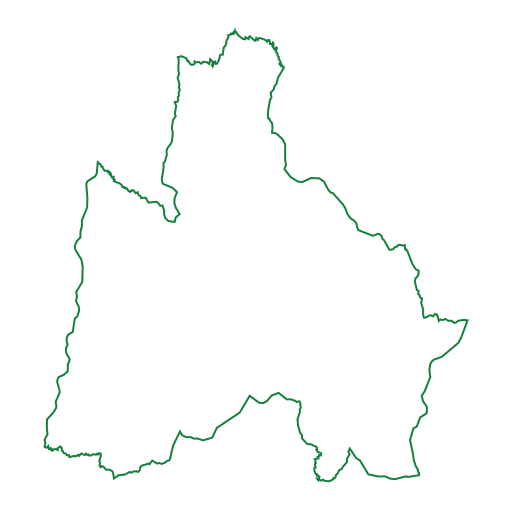 the district of Mansa, Luapula, Zambia
{"feature_id": "96606910B48291631033153", "entity_name": "Mansa", "entity_type": "district", "adm_level": 2, "iso_a3": "ZMB", "parent_name": "Zambia", "parent_adm1": "Luapula", "projection": "equal_earth", "projection_center": [28.97, -11.124], "detail": "fine", "context": "isolated", "style": "outline", "palette": "green", "viewbox_px": 512, "rotation_deg": 0, "n_neighbors": 0, "source": "geoboundaries", "source_scale": "gbopen_adm2", "svg_char_len": 5931}
<svg xmlns="http://www.w3.org/2000/svg" viewBox="0 0 512 512"><path d="M203.1,440.3L212.2,437.7L216.9,427.8L239.7,412.6L249.7,395.8L258.9,402.6L262.9,403.2L267.0,401.0L271.8,395.4L278.7,392.9L286.8,399.4L290.7,399.3L295.4,400.9L296.7,402.1L299.2,401.2L300.1,402.5L300.8,407.5L299.8,409.3L299.9,412.1L297.5,419.3L298.1,425.7L300.2,433.0L301.9,435.0L302.2,438.6L307.3,444.1L310.6,444.2L316.7,447.0L317.0,448.9L316.4,449.7L317.2,450.1L317.4,451.6L321.3,453.4L321.0,455.4L319.1,455.1L319.1,456.1L317.9,456.7L318.3,457.7L317.6,457.5L317.6,458.6L314.8,459.1L315.5,460.0L315.2,462.6L315.9,463.2L314.8,464.9L315.7,467.5L314.2,468.2L314.4,471.0L315.9,474.0L316.6,474.0L316.9,475.7L317.7,475.3L319.5,476.9L318.7,478.5L317.0,478.5L318.5,480.5L319.3,479.5L321.3,480.7L322.7,479.6L325.0,480.9L329.1,481.3L332.8,479.6L333.3,478.1L334.5,478.5L335.9,476.3L335.7,475.3L337.4,473.7L339.3,470.1L341.9,468.9L342.7,467.0L346.9,462.2L347.2,458.2L349.6,454.2L348.4,451.5L349.8,448.5L356.1,458.0L360.0,460.5L368.3,474.3L378.3,476.5L385.0,476.3L389.9,478.6L395.4,479.1L406.1,476.3L407.8,477.0L419.0,475.2L419.2,473.2L418.2,472.0L417.9,469.7L415.8,466.2L413.7,459.9L413.0,453.8L410.0,440.1L413.5,428.2L416.7,426.7L420.2,417.4L426.3,413.5L426.9,412.2L426.9,406.8L423.2,401.5L421.7,395.8L424.8,391.0L430.3,377.1L429.4,370.4L430.1,364.7L431.6,361.7L434.0,359.6L441.8,356.8L458.2,343.0L461.1,337.9L467.5,320.4L464.1,319.9L458.2,320.7L456.3,322.4L454.2,322.9L451.6,320.8L448.2,320.7L445.4,318.9L443.1,320.0L440.2,319.6L438.9,320.9L437.1,314.7L435.0,313.9L433.1,316.3L430.5,315.1L425.4,317.7L423.9,317.6L423.1,314.6L423.2,309.7L421.2,302.8L422.1,298.5L420.0,297.3L419.3,294.7L418.2,294.0L418.6,290.9L416.9,290.0L414.9,281.8L415.3,278.7L418.3,275.3L418.7,270.8L415.6,269.0L412.3,263.8L407.4,251.0L406.5,250.4L406.4,249.4L405.2,249.3L404.7,245.0L403.1,245.6L399.4,244.8L397.6,245.5L397.2,246.5L394.7,247.2L393.5,249.0L390.0,249.9L389.1,249.3L384.1,240.3L382.6,239.0L381.4,235.8L379.5,234.2L377.6,233.9L372.9,235.8L358.1,230.0L356.2,223.0L354.0,220.6L350.2,218.1L347.3,213.7L345.2,208.1L342.9,204.4L332.9,193.2L330.9,192.6L328.4,190.0L324.0,181.7L319.4,178.4L311.2,178.0L302.0,182.1L297.7,181.5L290.4,176.9L284.4,168.9L286.0,165.2L285.1,159.2L285.2,145.3L284.7,143.3L282.5,139.3L278.3,135.2L275.7,133.3L272.0,132.7L272.5,127.8L272.1,123.2L269.9,120.4L269.6,118.8L268.2,118.4L267.9,115.9L268.1,110.7L270.1,99.4L271.2,98.3L271.4,97.0L270.7,92.8L273.8,89.1L274.6,85.8L276.2,84.5L278.0,77.7L283.8,67.9L283.6,67.0L282.9,67.5L281.5,64.6L280.7,65.7L279.4,63.8L280.7,62.1L278.5,58.5L278.9,57.1L277.5,55.6L277.4,53.2L276.1,52.3L276.0,50.7L277.0,48.0L276.1,47.4L274.4,49.4L272.3,46.0L273.0,44.4L273.4,44.9L273.5,43.1L272.9,42.5L272.0,44.0L270.1,44.0L269.5,40.2L267.8,40.1L267.2,41.7L264.9,39.7L260.2,38.1L258.8,38.1L257.8,40.0L256.3,38.1L255.4,40.7L254.7,40.7L249.9,36.2L248.9,37.2L248.5,39.0L245.6,37.2L245.2,39.3L242.8,38.9L238.2,35.3L235.8,31.6L234.8,31.9L234.7,30.7L234.0,32.0L234.4,32.5L233.3,32.6L233.8,33.8L231.6,34.2L230.9,32.9L230.9,34.4L228.0,35.3L228.5,37.1L226.5,40.6L226.3,43.5L225.3,45.9L223.8,47.3L222.7,54.7L220.7,54.6L219.8,55.5L219.6,58.0L217.2,63.6L215.8,63.9L215.0,61.5L214.3,61.8L212.7,66.4L211.9,65.1L212.7,63.8L212.6,61.7L210.3,59.2L209.3,64.0L206.9,62.3L203.1,61.8L201.3,63.7L198.8,62.0L195.8,62.4L194.7,61.5L194.3,64.2L192.0,64.9L190.2,64.1L188.2,60.9L187.2,60.8L187.2,59.4L185.8,58.0L181.4,56.2L177.8,57.2L178.7,59.4L178.3,70.4L179.1,73.6L177.6,78.2L178.9,81.8L179.4,84.8L178.9,87.9L179.8,89.5L178.6,92.8L178.9,95.6L177.9,97.3L178.3,99.6L177.7,101.7L174.8,102.0L176.2,106.0L174.9,113.2L175.7,116.1L173.2,119.6L171.8,127.7L172.8,132.9L172.1,140.3L171.1,143.4L167.8,147.6L166.5,150.7L166.8,154.9L164.8,161.8L163.5,163.1L163.6,168.1L161.8,179.4L162.3,182.6L163.3,184.0L172.5,187.8L177.0,192.1L174.5,198.6L174.4,203.1L175.9,207.9L179.6,214.1L175.7,217.5L174.6,222.0L168.4,221.0L165.2,217.9L164.0,213.9L164.3,211.1L162.5,205.6L160.3,205.8L157.6,202.4L155.8,201.8L148.5,202.6L145.6,197.7L140.9,197.9L140.4,196.0L138.6,195.1L137.7,192.2L135.7,193.3L133.6,190.4L132.4,190.1L131.6,191.1L130.7,190.8L130.0,192.0L128.3,190.8L126.7,188.2L125.7,188.5L124.8,187.3L124.0,187.8L123.7,186.9L122.2,186.9L121.8,185.2L120.2,183.7L114.0,181.2L114.6,179.7L113.3,179.3L113.7,176.9L111.7,177.3L111.4,175.5L110.3,175.0L110.7,173.9L109.6,173.7L110.2,172.6L109.0,171.6L108.1,172.2L107.6,170.7L104.7,170.8L102.5,167.8L102.6,166.7L101.3,166.6L100.8,164.8L97.8,162.2L96.7,173.6L95.2,176.3L87.3,181.4L86.3,184.1L87.4,198.3L87.1,207.5L81.9,220.4L82.0,225.6L80.5,231.6L80.4,237.5L77.0,240.9L74.7,246.0L75.2,249.5L81.4,259.6L82.7,266.7L82.3,281.8L76.2,292.0L77.0,296.3L76.0,301.3L78.6,306.2L79.2,310.4L77.2,316.6L75.2,318.1L74.6,319.5L72.8,331.9L67.9,334.9L66.7,337.8L66.7,341.6L67.6,344.4L65.9,348.8L66.3,353.3L69.6,358.9L69.2,361.7L67.9,363.9L67.7,371.4L63.8,374.8L58.6,377.1L57.6,379.4L57.1,381.6L59.4,389.7L59.6,392.8L55.7,401.7L56.4,406.7L56.0,408.1L53.8,411.9L47.0,419.5L46.8,427.5L47.5,434.3L44.5,440.0L45.4,443.0L44.6,446.9L46.5,447.8L48.2,446.0L48.9,448.9L50.2,448.3L50.6,449.7L52.0,450.6L52.1,449.2L53.0,450.1L54.8,448.9L57.8,449.9L57.4,448.4L60.3,446.5L61.5,447.8L62.1,451.0L63.0,451.2L63.7,453.1L65.7,453.6L66.9,455.1L69.0,455.1L69.3,457.1L74.4,455.9L75.3,456.5L78.3,454.8L79.0,455.9L81.4,453.5L83.5,454.7L85.9,454.8L86.1,453.8L87.3,454.7L88.4,454.4L88.7,455.4L91.1,455.5L92.9,454.2L95.9,454.7L96.8,453.8L98.1,454.5L98.8,453.2L100.7,453.7L100.7,456.6L99.2,461.0L100.1,462.4L99.6,466.2L100.9,467.3L101.8,466.2L103.5,466.7L106.0,469.8L108.6,469.6L111.9,470.8L113.0,472.6L114.0,478.5L118.8,475.1L124.9,474.6L130.0,471.9L131.5,472.7L132.8,471.7L136.4,471.2L137.9,472.0L139.7,470.2L140.2,467.4L142.1,465.5L148.8,463.6L149.4,464.3L152.2,460.6L157.2,463.6L159.3,463.0L161.6,463.9L165.3,462.5L167.1,460.8L168.9,460.6L169.9,459.4L173.2,445.3L180.0,431.5L182.2,435.3L186.1,437.1L190.8,437.1L193.6,438.6L197.2,438.5L203.1,440.3Z" fill="none" stroke="#15803d" stroke-width="2"/></svg>